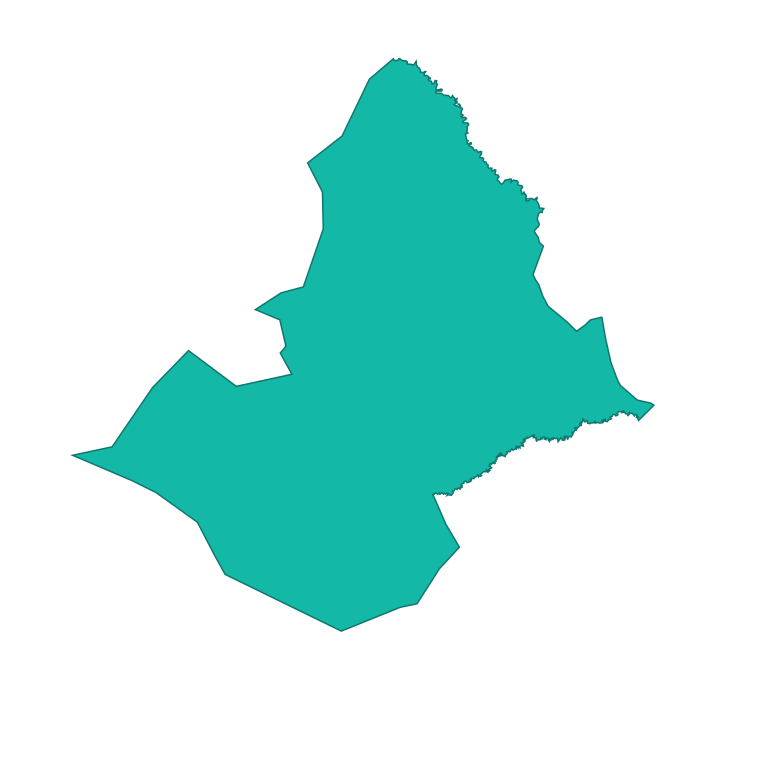 Xongor, Darhan-Uul, Mongolia, rotated 132°
{"feature_id": "93677404B92664087509678", "entity_name": "Xongor", "entity_type": "district", "adm_level": 2, "iso_a3": "MNG", "parent_name": "Mongolia", "parent_adm1": "Darhan-Uul", "projection": "orthographic", "projection_center": [106.116, 49.386], "detail": "fine", "context": "isolated", "style": "filled", "palette": "teal", "viewbox_px": 768, "rotation_deg": 132, "n_neighbors": 0, "source": "geoboundaries", "source_scale": "gbopen_adm2", "svg_char_len": 6171}
<svg xmlns="http://www.w3.org/2000/svg" viewBox="0 0 768 768"><g transform="rotate(132 384 384)"><path d="M414.8,529.4L406.0,504.4L421.6,482.1L430.4,481.8L438.4,459.0L484.6,492.2L490.0,551.6L541.5,553.6L612.6,544.0L645.3,567.7L624.4,506.6L617.2,480.7L611.6,430.2L625.1,394.1L631.8,374.6L596.2,250.4L539.2,222.6L525.2,212.4L484.2,219.2L454.8,218.8L446.8,244.2L433.3,273.9L432.2,272.9L430.7,272.9L429.9,270.4L427.9,269.9L428.9,268.2L427.9,268.8L426.1,268.4L426.4,267.4L425.8,266.8L426.0,266.1L424.9,266.1L424.5,264.4L423.5,264.5L422.4,262.9L424.4,262.5L423.2,262.0L421.6,259.5L418.8,259.6L417.7,261.4L416.7,260.5L414.1,261.1L413.4,259.1L412.5,259.6L411.4,258.9L411.3,257.2L409.8,257.7L408.6,256.8L408.3,257.4L408.8,258.1L407.3,258.0L407.4,259.2L405.8,259.2L404.2,258.3L403.0,259.2L401.9,258.7L401.3,257.1L401.7,256.3L400.2,255.2L399.5,255.5L398.6,254.4L397.5,254.6L397.5,255.7L396.7,255.3L396.1,256.1L394.0,253.8L392.8,254.6L391.7,253.6L389.0,253.6L389.8,251.8L388.4,252.1L388.4,250.8L386.9,250.2L386.7,251.4L386.0,251.8L382.4,251.3L381.2,249.7L378.9,250.4L379.3,248.5L380.2,248.4L380.0,247.7L377.4,247.5L377.7,248.3L377.2,248.9L374.3,248.0L374.5,249.1L373.9,249.7L374.5,250.6L373.4,250.8L373.2,251.9L371.4,251.5L371.7,250.5L369.4,250.3L369.8,249.9L369.0,249.3L368.9,247.7L368.4,249.6L366.7,248.9L365.7,250.1L364.6,249.6L363.9,250.8L362.8,250.6L362.9,251.6L360.7,251.3L361.3,250.5L359.5,249.5L358.7,250.4L359.5,250.8L359.5,251.4L357.9,251.4L357.2,250.9L357.2,249.1L358.4,248.7L357.0,246.6L356.9,245.5L354.9,246.2L353.1,245.9L352.5,247.3L350.9,246.6L350.8,245.7L349.8,245.1L346.8,245.8L346.8,243.8L344.6,243.2L343.9,242.2L342.8,243.7L341.8,244.0L341.3,243.2L342.1,242.4L342.0,241.5L340.8,242.4L340.4,240.3L339.6,241.4L337.7,240.8L337.0,238.8L335.8,240.3L336.1,241.7L335.7,242.5L334.2,241.2L332.3,240.9L331.4,241.6L332.6,242.5L332.3,243.2L330.5,243.0L330.0,241.8L328.8,241.5L327.8,242.2L327.9,240.8L323.6,239.5L323.6,238.2L322.4,238.9L321.4,238.6L321.5,237.9L323.7,236.9L321.9,234.9L323.3,234.3L323.3,233.1L324.3,232.9L324.3,232.4L322.7,232.3L320.6,230.5L319.2,231.3L319.3,230.1L318.7,229.5L316.9,230.2L315.9,228.4L317.5,227.9L316.9,226.4L316.2,227.1L314.7,226.0L315.1,225.3L314.7,224.3L315.7,224.3L316.0,222.5L314.6,223.0L313.6,222.4L313.9,223.6L313.5,223.9L312.1,223.0L311.8,221.5L311.1,222.2L310.4,222.0L310.0,220.2L308.3,218.9L310.3,216.0L305.6,216.6L305.8,214.9L306.5,214.2L305.0,212.3L304.3,212.3L303.7,214.0L302.4,212.6L302.9,214.3L302.1,214.9L300.5,212.8L302.2,211.0L302.1,210.5L299.9,211.6L298.3,210.6L298.3,209.5L295.7,209.8L294.3,210.4L294.5,211.3L293.9,211.7L293.0,210.8L290.4,211.2L289.3,209.8L289.5,210.8L288.9,211.5L289.2,212.5L288.6,212.9L288.0,212.6L287.8,210.7L284.0,210.8L282.9,209.7L281.3,210.8L282.3,211.2L282.5,211.9L282.1,212.3L280.3,212.0L279.7,211.2L276.6,212.8L276.7,211.4L277.7,210.6L277.9,209.7L277.0,208.7L275.7,209.1L275.1,208.6L275.2,207.7L276.9,206.5L275.8,204.4L274.2,204.3L273.9,203.3L272.2,202.2L270.9,202.3L270.6,201.4L271.6,200.9L269.4,199.2L268.8,197.6L266.4,195.6L264.6,195.6L265.6,197.1L265.4,197.8L264.7,197.8L263.6,196.5L262.1,196.0L263.4,194.3L262.5,192.9L259.2,192.9L258.3,191.8L257.7,192.1L257.5,193.8L255.4,192.7L254.9,193.4L253.4,193.5L252.0,191.8L252.6,191.1L252.5,190.3L250.6,189.6L250.1,189.8L249.9,191.1L247.4,191.1L245.8,189.3L246.1,188.0L243.7,188.3L243.6,187.6L244.7,186.9L244.0,185.8L244.4,184.7L243.6,183.2L244.2,181.6L241.8,181.5L241.7,182.7L241.0,182.6L240.3,180.8L239.6,180.3L240.1,176.5L238.5,176.8L237.8,176.2L238.2,174.8L239.7,174.2L238.4,173.6L238.4,172.9L239.9,172.4L240.7,170.4L219.2,169.2L219.6,172.7L226.5,185.0L226.9,207.3L225.0,212.7L216.2,229.7L201.7,250.1L188.6,266.8L198.3,273.5L205.3,273.9L216.0,276.2L215.4,289.1L216.4,314.0L212.6,324.5L206.6,335.5L205.4,340.5L203.1,346.4L174.9,357.8L174.8,363.2L171.8,367.7L170.2,374.2L168.7,374.9L163.1,374.7L161.2,375.7L159.0,380.5L154.5,382.9L151.5,382.9L150.7,381.2L149.3,382.3L146.7,382.7L149.3,386.5L147.5,388.2L146.3,391.1L145.7,393.9L143.3,394.5L143.1,395.1L146.6,395.8L147.2,398.2L149.0,400.2L150.7,399.0L152.4,400.3L152.8,401.3L152.2,401.9L150.5,401.3L150.9,403.5L149.2,403.9L148.5,404.7L148.5,406.7L147.8,408.3L149.6,407.9L150.4,408.7L148.9,410.5L148.4,412.4L145.4,412.5L144.6,413.4L144.5,414.3L146.6,417.8L146.0,418.6L144.4,419.1L144.0,421.0L146.0,424.3L148.9,424.7L146.6,426.4L147.4,427.7L148.8,428.0L151.4,430.4L155.6,429.8L156.8,430.3L157.0,432.4L156.4,433.8L156.7,435.7L155.5,437.2L153.1,437.1L152.5,439.0L153.8,441.1L153.7,442.1L150.3,444.1L150.7,445.1L153.4,446.1L153.0,447.0L151.4,448.3L153.7,450.7L153.4,451.6L151.7,453.0L151.7,455.3L150.8,456.6L152.0,458.8L151.3,460.0L149.8,460.9L149.8,461.8L151.6,464.1L150.8,465.1L147.9,465.4L146.2,466.9L146.8,468.1L148.8,468.8L148.2,472.0L150.1,473.4L148.8,476.4L149.8,479.1L149.7,480.3L148.7,480.6L147.0,479.7L146.4,480.8L149.5,482.2L149.5,483.1L148.9,483.9L146.9,484.3L147.3,485.9L143.8,490.8L141.3,489.6L140.9,491.8L139.8,492.0L136.9,494.6L135.1,494.4L134.2,495.1L133.9,495.8L134.2,496.6L136.9,500.2L135.9,501.1L133.1,500.2L131.6,500.5L131.4,501.8L133.7,504.3L133.7,505.5L131.5,505.0L131.2,505.7L131.8,507.5L131.5,508.0L126.8,510.1L127.3,511.7L125.7,514.4L125.7,515.5L126.3,516.2L126.4,513.6L127.2,513.1L128.2,513.7L128.4,515.8L129.4,517.6L129.4,518.8L125.5,518.3L125.1,519.0L126.1,519.8L125.9,521.1L123.5,520.3L123.0,520.8L125.0,521.7L124.2,523.0L124.4,523.7L123.8,526.1L125.9,525.5L126.8,526.2L126.5,529.1L129.4,532.9L129.6,535.9L132.6,539.4L132.9,540.5L131.4,541.2L127.9,537.4L126.8,537.3L126.3,538.1L126.6,538.9L129.7,540.9L130.1,542.5L129.2,543.7L127.8,543.9L127.2,544.7L125.9,544.5L125.2,546.6L123.4,547.8L124.1,549.0L127.8,548.1L128.7,549.3L127.3,551.3L128.4,553.1L128.1,555.1L127.2,555.3L126.2,553.7L125.7,554.2L126.1,558.6L127.8,560.3L126.1,562.0L124.0,561.9L124.3,562.7L126.5,563.1L126.7,564.2L128.0,565.9L126.4,566.9L125.6,569.4L126.1,570.3L125.0,573.6L122.7,576.0L126.0,575.5L127.9,576.0L128.0,577.4L130.4,580.4L130.4,581.3L129.1,582.2L128.9,582.9L129.2,584.0L131.4,586.6L131.7,590.1L132.4,590.6L134.4,590.3L136.7,592.8L136.1,594.7L167.3,598.8L227.7,581.1L270.8,588.7L282.5,558.2L309.4,532.9L365.8,508.9L385.0,521.4L414.8,529.4Z" fill="#14b8a6" stroke="#0f766e" stroke-width="1.5"/></g></svg>